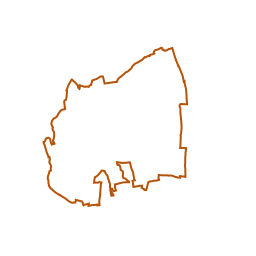 Tatarani, Vaslui, Romania, rotated 204°
{"feature_id": "2599482B87780685319921", "entity_name": "Tatarani", "entity_type": "district", "adm_level": 2, "iso_a3": "ROU", "parent_name": "Romania", "parent_adm1": "Vaslui", "projection": "mercator", "projection_center": [27.934, 46.697], "detail": "fine", "context": "isolated", "style": "outline", "palette": "amber", "viewbox_px": 256, "rotation_deg": 204, "n_neighbors": 0, "source": "geoboundaries", "source_scale": "gbopen_adm2", "svg_char_len": 5712}
<svg xmlns="http://www.w3.org/2000/svg" viewBox="0 0 256 256"><g transform="rotate(204 128 128)"><path d="M120.1,219.1L120.6,218.7L122.2,216.9L122.6,216.8L122.9,216.8L124.0,215.0L125.3,213.8L125.8,213.5L126.2,213.4L126.7,213.6L127.3,214.0L128.0,213.6L128.3,213.5L129.0,214.1L129.4,214.6L129.4,214.8L129.5,214.8L130.3,214.8L131.2,213.6L131.9,212.8L132.1,212.4L132.5,212.0L133.0,211.6L134.2,210.7L134.9,210.1L135.0,209.9L135.0,209.5L135.3,208.5L135.4,207.6L135.3,207.4L135.1,207.1L134.3,206.7L135.2,205.6L137.7,203.6L137.8,203.2L137.5,202.6L137.6,202.4L138.4,202.3L138.7,202.2L139.7,201.1L141.0,199.4L141.6,199.5L141.7,199.2L142.7,196.2L143.2,195.5L145.7,192.0L147.3,190.1L148.1,188.9L148.5,187.7L148.9,186.8L149.1,186.1L149.2,184.1L149.7,182.8L150.9,180.1L151.4,179.3L152.7,177.9L153.5,175.9L154.2,174.5L155.2,172.4L156.1,170.9L156.6,169.9L156.9,168.8L157.1,167.3L156.9,165.6L159.9,163.9L167.5,159.1L171.8,164.8L172.6,164.6L174.0,163.9L174.6,163.1L175.5,161.6L176.4,160.4L177.3,159.4L179.9,157.0L180.0,156.7L179.2,152.3L179.8,151.8L180.3,151.2L180.4,150.6L180.6,150.3L180.7,149.8L180.7,149.6L180.9,149.6L181.7,149.4L183.4,148.7L184.1,148.0L189.4,147.4L188.2,144.3L188.3,143.9L189.1,144.2L190.3,145.1L190.9,145.9L191.3,146.4L192.9,147.2L194.6,148.1L196.9,148.6L197.1,148.8L197.9,149.1L199.0,149.5L199.2,149.1L199.5,146.3L199.8,142.8L199.8,141.3L199.6,139.8L199.5,137.3L199.4,137.3L199.0,137.3L198.9,137.1L198.2,135.6L197.5,133.4L196.8,131.6L196.1,128.7L197.0,127.5L197.1,127.4L197.0,127.2L197.1,126.6L196.9,125.8L196.0,124.4L194.2,121.3L193.4,120.2L193.2,119.8L193.4,119.4L195.0,118.3L196.0,117.5L196.5,116.5L196.8,115.7L197.2,114.0L197.5,112.2L197.5,109.8L197.9,108.8L198.8,107.4L199.7,106.5L199.9,105.8L200.3,103.7L199.8,100.5L197.4,98.5L196.8,97.9L197.1,97.6L197.0,97.2L196.2,95.9L195.8,95.3L195.3,95.0L194.4,94.6L193.9,94.1L193.5,93.5L192.7,91.8L192.2,90.5L191.5,87.9L191.5,86.8L191.5,86.2L191.1,85.2L190.7,84.7L190.5,85.0L190.1,84.7L189.9,84.8L188.8,83.7L190.9,81.9L191.9,82.7L192.7,83.5L193.4,84.4L194.4,86.0L195.5,86.6L196.7,86.8L198.5,85.3L198.6,85.1L198.6,84.6L198.5,83.0L198.6,81.9L198.7,81.3L198.9,81.0L199.4,80.8L198.6,79.6L197.6,78.8L195.8,76.8L192.4,72.7L189.8,70.3L188.9,69.1L188.5,69.5L188.3,69.7L188.0,69.7L187.7,69.2L187.3,68.8L187.1,68.3L187.0,68.1L186.7,67.9L186.7,67.0L186.3,66.7L186.2,66.5L186.2,65.2L185.9,64.6L185.1,63.9L183.6,62.8L182.4,61.1L182.4,60.5L182.2,59.8L181.5,58.4L181.3,58.2L181.1,57.8L181.7,57.0L182.1,56.7L181.5,52.1L181.6,51.6L181.3,50.6L180.8,49.3L180.4,48.6L179.8,48.3L179.4,47.7L178.2,45.3L177.3,44.1L176.8,43.3L176.4,42.7L176.0,42.5L175.5,42.3L175.0,42.0L174.7,41.7L174.3,41.3L173.7,41.3L173.2,41.4L171.4,40.6L169.8,40.1L167.8,39.6L163.3,38.9L163.2,39.2L159.1,38.4L157.8,38.4L152.8,37.2L151.3,36.9L149.0,36.9L148.0,37.3L147.7,37.7L146.0,38.3L145.9,39.9L146.4,41.1L140.2,42.2L139.5,41.6L138.9,41.2L137.9,39.9L137.4,39.5L137.2,39.4L137.2,39.7L137.0,39.9L133.8,42.2L133.1,42.9L132.4,40.8L129.7,42.8L128.4,43.5L127.3,44.0L124.9,45.6L124.5,44.8L123.3,45.5L122.6,46.0L124.2,48.8L124.7,50.0L126.2,55.6L126.7,56.6L127.0,57.4L127.4,58.7L128.0,60.0L128.3,61.2L129.5,64.4L129.8,65.2L130.0,66.5L130.1,67.4L131.1,67.1L131.8,67.1L132.2,66.9L132.5,66.7L133.0,66.0L134.3,65.4L135.7,64.8L136.7,64.2L137.3,65.9L137.7,67.2L138.0,68.4L138.2,69.6L137.8,69.8L136.1,73.0L136.0,73.6L135.5,75.3L134.7,78.5L134.3,78.7L132.2,79.1L132.0,78.7L131.4,78.9L130.7,78.1L129.7,77.2L128.9,76.7L127.9,76.4L127.0,75.7L126.2,74.4L125.9,73.9L124.8,72.9L123.9,72.1L123.5,71.5L123.3,71.0L123.1,70.7L122.3,70.4L121.1,68.4L120.4,66.5L119.5,65.6L119.2,64.9L119.2,64.5L116.1,59.9L115.6,59.4L113.9,60.5L114.4,61.1L117.2,62.9L117.7,63.4L118.5,64.3L119.0,64.6L119.0,64.9L118.0,66.1L117.3,65.7L116.6,65.1L115.4,64.4L113.6,65.9L116.0,68.8L115.9,69.1L117.0,71.1L116.3,71.5L113.1,74.2L112.4,74.6L112.0,75.0L110.2,76.4L106.1,78.4L104.9,78.9L105.4,79.6L106.2,79.5L107.1,79.8L108.7,80.3L110.2,80.7L111.0,80.4L111.6,80.4L112.2,80.6L113.1,81.8L114.3,85.2L115.2,86.2L115.8,86.5L117.2,86.7L117.7,86.8L118.0,87.3L118.4,88.1L119.2,89.2L120.5,90.5L121.3,90.5L122.1,90.3L122.5,90.0L123.7,91.4L124.1,92.0L124.2,92.3L118.8,93.8L118.4,94.1L117.6,94.4L116.1,95.2L112.4,97.4L110.6,95.3L108.9,92.9L106.8,90.8L105.6,89.8L104.9,89.0L104.6,88.3L103.7,87.0L101.7,84.0L100.8,83.3L100.5,83.0L102.4,81.6L100.9,79.4L100.5,78.6L99.8,77.8L99.2,76.4L98.4,76.7L97.8,77.3L97.0,77.7L94.1,79.8L91.7,81.0L91.2,79.0L90.7,79.2L90.2,78.9L89.4,78.6L88.4,78.6L88.4,78.4L88.0,78.2L87.7,78.2L87.0,78.2L86.9,78.3L86.1,78.7L86.4,80.3L86.6,81.6L86.8,82.9L86.9,83.6L87.3,86.4L87.3,87.1L86.5,87.8L83.4,89.9L82.5,90.6L81.6,91.0L80.4,91.8L79.7,92.1L78.5,93.2L78.9,93.8L79.5,94.1L79.7,94.4L80.8,97.6L78.0,98.5L75.1,99.7L72.7,100.8L72.3,101.0L72.1,100.9L71.8,100.9L68.8,102.4L65.3,102.5L63.6,102.9L62.8,102.9L61.6,103.3L60.1,103.8L60.6,104.7L60.9,105.2L59.2,105.8L55.7,106.7L57.1,109.9L58.1,111.8L58.8,113.5L60.1,115.9L60.4,116.3L61.7,119.8L63.7,124.3L64.6,127.0L65.4,128.9L65.9,130.7L66.8,133.2L70.6,131.8L72.2,131.0L73.3,134.1L75.2,138.8L75.9,140.7L76.7,142.2L77.2,142.9L77.2,143.0L77.1,143.5L77.1,144.0L78.1,147.1L79.6,151.0L80.7,153.1L81.3,154.4L83.0,157.4L84.0,159.2L84.7,160.4L85.8,162.2L86.9,164.4L87.4,165.6L88.3,167.5L89.5,168.5L89.8,168.9L90.0,169.4L90.1,170.0L90.0,170.4L89.8,171.2L86.7,172.5L85.6,172.9L83.7,173.6L84.0,174.4L84.3,174.8L84.6,175.5L86.5,178.8L86.8,179.6L87.4,180.8L88.3,182.6L89.0,183.8L90.9,187.3L94.2,191.5L94.6,192.2L95.0,193.1L95.1,192.8L95.1,192.6L95.5,192.6L95.9,193.0L96.5,193.9L97.0,194.8L98.4,196.7L99.3,197.8L100.9,199.4L106.3,204.7L106.5,204.9L106.8,204.8L106.9,204.7L107.0,204.7L107.0,204.9L111.1,208.9L111.6,209.4L112.1,209.6L112.1,209.9L112.1,210.0L114.6,212.6L120.1,219.1Z" fill="none" stroke="#b45309" stroke-width="2"/></g></svg>